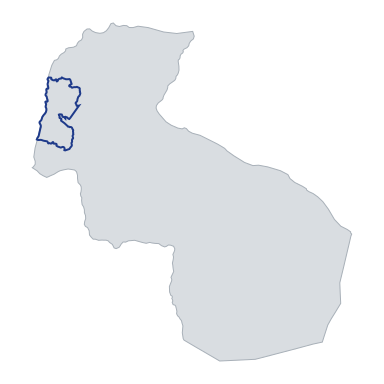 Paraguay, with Alto Paraná highlighted, rotated 180°
{"feature_id": "PRY-616", "entity_name": "Alto Paraná", "entity_type": "Department", "adm_level": 1, "iso_a3": "PRY", "parent_name": "Paraguay", "parent_adm1": "", "projection": "orthographic", "projection_center": [-55.001, -25.353], "detail": "fine", "context": "in_parent", "style": "outline", "palette": "blue", "viewbox_px": 384, "rotation_deg": 180, "n_neighbors": 0, "source": "natural_earth", "source_scale": "10m", "svg_char_len": 7487}
<svg xmlns="http://www.w3.org/2000/svg" viewBox="0 0 384 384"><g transform="rotate(180 192 192)"><path d="M201.1,58.1L202.0,61.0L202.5,63.3L203.8,64.9L205.1,67.1L206.4,68.2L207.4,70.3L207.1,72.6L207.7,75.5L208.4,78.1L209.0,78.8L210.9,79.4L211.8,81.7L211.2,82.9L211.5,84.3L212.2,85.6L211.6,86.9L211.9,87.9L213.2,88.7L214.4,92.0L214.6,97.5L213.4,100.6L212.4,103.0L212.2,104.5L213.0,106.7L211.8,109.3L210.3,112.5L210.7,114.6L211.0,116.6L211.2,118.8L211.6,120.9L211.1,123.0L210.7,125.0L210.5,127.1L211.1,129.6L210.0,131.9L209.4,133.5L209.2,135.2L210.4,137.7L213.3,138.8L215.6,139.0L217.7,137.6L219.4,137.1L222.4,138.3L225.2,140.4L228.7,140.6L231.9,141.0L234.3,141.6L237.8,140.7L241.5,141.5L245.8,142.7L249.3,143.7L252.9,143.4L255.5,143.2L258.3,141.9L260.9,142.0L262.9,139.8L264.0,137.9L265.0,136.6L267.9,135.4L269.9,136.1L271.6,139.6L274.5,141.6L275.7,143.1L277.8,143.8L282.5,143.9L285.4,143.7L288.7,144.8L290.8,144.8L292.7,146.7L294.5,149.0L294.8,153.2L296.4,156.4L298.6,157.6L299.7,159.7L299.3,162.5L298.3,165.4L298.5,168.5L299.6,171.4L299.6,174.2L300.4,177.1L301.9,179.5L302.4,183.5L302.2,186.3L303.2,188.0L303.6,190.3L303.0,192.2L302.7,194.8L302.8,197.1L303.6,199.0L305.9,201.4L306.5,205.8L306.5,208.8L307.5,212.3L309.4,214.0L312.4,214.5L315.9,215.0L320.1,214.2L323.8,213.3L325.9,212.3L330.1,209.7L333.7,208.2L335.5,207.3L337.3,206.6L340.9,208.3L344.2,210.3L346.9,213.2L351.7,216.3L350.7,217.1L348.8,219.7L348.8,222.7L350.2,227.0L348.9,236.1L345.1,250.1L343.5,258.2L344.2,260.5L342.8,264.6L337.7,273.4L337.4,279.3L336.8,297.0L335.1,309.4L332.2,318.7L329.6,323.6L327.3,324.2L325.6,325.6L324.6,328.0L322.7,329.9L319.9,331.5L318.4,333.2L318.2,335.0L315.5,336.2L310.5,336.8L307.5,338.3L306.6,340.7L305.0,342.7L302.5,344.1L301.3,346.5L301.4,349.8L300.0,352.6L297.0,355.0L294.3,355.1L291.7,352.9L288.4,351.4L284.1,350.7L280.6,351.3L277.7,353.2L275.3,356.2L273.1,360.3L270.7,361.0L268.0,358.3L264.6,357.5L260.5,358.6L257.2,358.3L254.8,356.5L251.0,356.4L246.0,357.8L235.8,356.4L220.3,352.0L207.2,350.5L191.3,352.6L189.8,347.8L190.6,345.1L193.1,343.1L194.7,340.8L195.3,338.2L197.0,336.3L199.9,334.9L201.1,333.5L200.7,332.2L201.3,331.0L202.9,329.9L203.8,328.3L204.0,326.0L204.6,324.9L205.7,324.0L205.8,322.5L205.1,317.7L205.0,313.8L205.8,310.8L206.7,308.9L207.4,308.4L208.0,307.3L208.2,305.5L209.2,303.7L214.3,300.1L216.2,298.1L216.3,296.4L217.0,294.0L220.0,288.9L220.9,286.5L221.0,285.3L222.0,284.0L225.7,281.1L227.6,278.4L227.9,275.9L226.9,273.1L224.8,270.0L218.0,262.2L212.8,258.8L206.1,255.9L201.8,255.1L199.7,256.2L197.6,255.4L195.4,252.8L191.7,250.8L184.0,248.7L166.4,239.9L159.4,235.7L156.9,233.0L150.3,228.3L139.4,221.5L131.1,218.4L125.4,218.8L116.3,217.1L103.6,213.3L96.1,209.4L94.0,205.4L89.2,201.5L81.7,197.8L77.7,195.3L77.4,194.0L75.2,192.4L71.0,190.5L66.3,187.2L61.2,182.4L55.6,174.8L49.6,164.6L43.2,157.8L36.7,154.5L33.4,152.2L33.3,151.0L32.3,149.9L33.1,147.9L35.0,139.7L37.8,127.9L40.7,115.6L44.2,101.2L43.8,91.2L43.3,80.6L48.8,71.5L52.8,65.1L56.2,59.0L59.5,48.8L61.7,41.9L71.0,39.9L86.9,35.6L94.9,33.5L111.7,29.1L128.7,24.7L146.8,23.8L164.3,23.0L178.0,31.0L188.5,37.1L200.0,43.9L200.8,45.4L201.7,51.2L201.1,58.1Z" fill="#d9dde1" stroke="#a8b0b8" stroke-width="1"/><path d="M338.0,279.2L337.9,279.9L338.5,281.3L338.6,282.1L338.1,282.5L336.8,282.4L336.4,282.8L336.4,283.9L337.1,286.0L337.2,286.8L337.4,287.4L338.2,288.4L338.5,288.9L338.4,289.8L338.0,290.6L337.6,291.2L337.4,291.9L337.7,293.7L337.7,294.5L337.4,295.1L337.1,295.2L336.2,295.3L335.9,295.4L335.7,295.9L335.7,296.3L335.8,296.7L336.0,298.0L336.4,299.3L336.4,300.2L335.6,302.9L335.7,303.5L336.4,304.3L336.5,304.8L336.3,305.3L335.9,305.9L335.6,306.4L335.5,306.5L333.3,306.4L332.9,306.3L332.7,306.0L332.6,305.8L332.6,305.5L332.7,305.2L332.6,304.8L332.6,304.7L332.4,304.6L332.2,304.4L331.5,304.1L331.0,303.8L330.3,303.7L329.7,303.7L329.4,303.8L329.1,304.0L328.6,304.4L328.4,304.5L328.2,304.6L327.9,304.6L327.6,304.5L327.3,304.3L327.2,304.0L327.2,303.8L327.4,303.2L327.4,302.8L327.3,302.7L327.2,302.6L326.8,302.7L326.6,302.8L326.4,303.1L326.1,303.5L325.6,304.5L325.4,304.7L325.2,304.9L324.9,305.1L324.7,305.2L324.2,305.3L323.0,305.4L322.7,305.7L322.6,305.9L322.5,306.2L322.4,306.3L322.2,306.5L321.9,306.4L321.6,306.3L321.1,305.9L320.7,305.6L319.5,305.3L318.6,304.9L318.2,304.8L317.9,304.8L317.2,304.7L314.4,304.9L313.7,304.1L312.4,300.1L314.3,299.0L314.6,298.7L314.8,298.3L314.8,298.0L314.5,297.7L314.3,297.5L314.0,297.4L313.3,297.4L313.0,297.3L312.8,297.1L312.6,296.9L312.5,296.7L312.3,296.5L312.1,296.4L311.9,296.3L310.7,296.7L310.0,296.8L309.0,296.9L308.1,296.8L307.8,296.9L307.3,297.1L307.0,297.1L306.7,297.0L306.2,296.7L304.7,296.1L304.3,295.6L304.2,295.2L304.3,294.1L304.3,293.7L304.0,292.8L304.0,292.4L304.2,292.0L304.0,291.6L303.9,291.3L303.7,291.0L303.7,290.6L303.9,289.8L304.6,288.2L305.5,287.4L305.7,287.1L305.9,286.7L306.5,284.9L306.6,284.3L306.7,283.4L306.9,282.8L307.2,282.4L308.1,281.5L308.3,281.2L308.4,280.9L308.3,280.6L308.2,280.3L307.7,279.7L307.5,279.3L307.5,279.0L307.5,278.7L307.4,278.4L307.2,278.2L306.7,278.1L306.3,278.0L305.0,278.4L313.6,266.3L314.7,265.0L315.1,265.1L315.8,265.5L316.8,266.5L317.2,266.7L318.1,267.0L318.5,267.2L319.0,267.1L318.9,266.7L318.7,265.9L318.7,265.5L318.9,265.7L319.3,266.3L319.5,266.6L319.8,266.8L320.1,266.9L320.7,267.0L321.3,267.2L321.6,267.6L321.7,268.1L321.8,268.6L322.3,269.5L323.2,269.6L324.2,269.7L325.1,269.4L325.0,268.9L325.0,268.7L324.9,268.5L324.8,268.3L324.6,268.0L324.5,267.8L324.4,267.6L324.4,267.4L324.4,267.1L324.5,266.4L324.4,266.1L324.2,265.9L323.2,265.5L323.0,265.4L322.8,265.2L322.7,265.1L322.6,264.9L322.6,264.7L322.9,263.9L322.9,263.6L322.9,263.4L322.8,263.2L322.6,263.1L319.5,260.8L316.5,258.0L316.3,257.7L316.1,257.5L316.0,257.4L315.7,257.4L315.5,257.5L315.3,257.5L315.2,257.4L314.9,257.1L314.7,257.0L314.5,256.9L314.3,256.9L313.7,257.0L313.4,257.0L313.1,256.9L312.9,256.9L312.7,256.8L312.5,256.7L312.4,256.6L312.1,256.3L312.0,256.1L311.9,255.9L311.7,255.5L311.6,255.1L311.4,254.8L310.9,254.1L310.9,253.9L310.8,253.5L311.0,253.0L311.0,252.6L311.0,252.4L310.9,252.2L310.9,251.9L310.8,251.6L310.9,251.0L310.9,250.7L310.8,250.3L310.7,250.1L310.7,249.8L310.7,249.4L311.0,249.1L311.3,248.5L311.4,248.1L311.4,247.7L311.1,246.8L310.9,246.0L311.0,245.5L311.1,245.3L311.4,245.1L311.7,244.9L311.9,244.4L312.0,243.9L311.9,242.2L312.1,241.8L312.5,241.1L312.5,240.7L312.5,240.3L312.2,239.4L312.2,238.8L312.2,238.4L312.4,238.0L312.5,237.8L313.7,236.4L314.6,235.0L318.8,233.6L319.6,233.8L319.4,235.3L319.5,235.8L319.7,236.3L320.2,236.8L320.7,237.0L321.2,237.1L321.7,237.0L322.6,236.6L323.1,236.5L323.5,236.5L326.3,237.5L327.0,237.9L327.5,238.3L327.6,238.7L327.5,239.0L327.4,239.4L327.4,239.6L327.5,239.9L327.7,240.1L328.0,240.2L328.3,240.3L329.7,240.3L330.2,240.4L330.5,240.5L330.6,240.9L330.6,241.1L330.6,241.5L330.8,241.8L331.0,241.9L331.4,241.8L331.6,241.6L331.8,241.4L332.0,241.2L332.2,240.9L332.4,240.7L332.7,240.5L333.1,240.4L333.5,240.5L333.9,240.7L334.2,240.8L334.5,240.9L335.3,240.7L335.6,240.6L335.8,240.7L335.9,240.9L336.3,241.9L336.5,242.3L336.8,242.6L337.1,242.7L340.0,243.2L341.1,243.5L342.1,243.9L343.0,244.1L343.9,244.1L344.8,244.0L345.8,244.0L346.3,244.1L347.2,244.5L346.7,245.9L345.6,247.5L345.3,248.2L343.6,255.7L343.2,257.1L343.2,257.8L343.2,258.5L343.5,259.3L344.4,260.9L344.5,261.7L344.2,262.4L342.9,263.6L342.5,264.3L341.7,267.0L340.7,268.5L340.0,269.4L339.0,270.4L338.1,271.9L337.7,273.4L337.6,273.8L337.6,274.7L337.7,275.6L338.1,276.4L338.4,277.1L338.3,278.1L338.0,279.1L338.0,279.2Z" fill="none" stroke="#1e3a8a" stroke-width="2"/></g></svg>